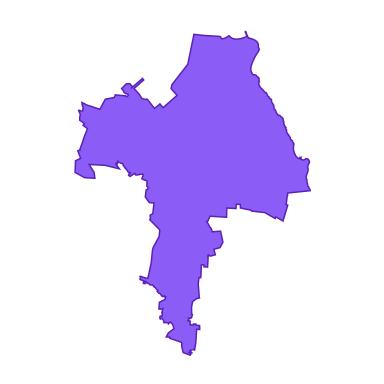 Pitiquito, Sonora, Mexico (Robinson projection), rotated 183°
{"feature_id": "50627088B68364674252683", "entity_name": "Pitiquito", "entity_type": "district", "adm_level": 2, "iso_a3": "MEX", "parent_name": "Mexico", "parent_adm1": "Sonora", "projection": "robinson", "projection_center": [-112.292, 30.097], "detail": "fine", "context": "isolated", "style": "filled", "palette": "violet", "viewbox_px": 384, "rotation_deg": 183, "n_neighbors": 0, "source": "geoboundaries", "source_scale": "gbopen_adm2", "svg_char_len": 5927}
<svg xmlns="http://www.w3.org/2000/svg" viewBox="0 0 384 384"><g transform="rotate(183 192 192)"><path d="M74.0,199.5L74.1,200.1L74.7,201.2L75.6,202.4L75.9,203.4L76.5,203.7L76.8,204.4L77.0,206.0L77.3,207.0L77.9,208.4L77.9,210.6L78.7,211.3L78.8,211.6L78.5,214.8L77.4,218.5L77.2,220.1L77.4,221.1L77.3,221.7L77.9,223.2L77.1,225.9L76.3,227.5L76.3,228.8L77.2,230.2L77.8,230.8L78.7,231.2L79.5,231.3L80.0,231.2L81.4,230.1L82.1,229.8L83.2,229.8L84.8,230.5L85.2,230.7L85.2,230.9L85.4,230.7L85.5,230.7L85.3,231.0L85.5,231.0L85.7,231.3L84.7,232.7L84.9,232.8L84.8,232.7L85.8,231.4L86.0,231.6L86.0,231.3L86.1,231.2L86.4,231.4L86.2,231.1L86.5,230.9L87.2,231.1L88.4,231.7L89.7,232.8L90.3,233.6L91.9,236.5L92.8,239.3L93.0,240.0L93.0,242.3L92.9,244.4L92.7,245.2L93.1,245.4L93.0,245.7L93.3,246.4L94.2,247.3L94.4,248.3L94.8,248.3L95.0,248.9L95.7,249.1L96.6,250.2L96.6,251.4L96.7,251.5L97.0,251.6L97.2,251.9L97.5,252.8L98.2,253.2L98.4,253.7L98.5,253.6L99.1,254.7L99.4,254.8L100.5,256.5L100.6,257.4L100.9,258.0L100.8,259.1L101.6,259.8L101.6,261.3L102.3,261.6L102.2,262.0L102.8,262.6L103.0,263.2L103.2,263.4L103.3,264.0L103.7,264.1L103.9,264.4L103.9,266.1L104.0,266.2L104.1,267.2L104.4,267.4L104.5,267.6L104.5,268.2L104.9,270.0L106.0,271.0L106.2,271.4L106.8,271.6L108.4,273.1L108.7,273.2L109.8,273.0L110.5,273.7L110.6,274.1L111.2,274.5L111.6,275.3L112.1,275.7L112.4,277.1L112.7,277.7L113.1,278.2L113.4,278.3L113.6,278.8L114.1,279.0L114.3,279.4L114.5,280.1L114.7,280.6L114.6,280.8L114.8,281.0L114.8,282.6L115.0,283.0L115.5,283.5L115.9,284.4L116.3,284.8L117.0,285.9L117.3,286.4L117.4,288.1L117.7,288.6L118.1,288.9L119.5,289.5L120.1,291.0L121.3,291.8L121.6,292.1L122.6,294.4L122.9,294.8L124.4,295.5L125.2,296.3L125.4,296.3L127.0,298.3L128.0,298.8L129.8,300.9L130.7,302.5L131.0,303.5L130.7,305.7L130.5,306.2L131.1,307.1L130.9,308.5L130.9,308.9L131.8,309.8L132.3,310.0L132.6,310.6L133.1,310.7L133.8,311.7L135.5,312.4L136.5,312.3L137.0,312.4L137.7,312.9L138.2,313.5L139.2,315.6L139.6,316.8L139.7,319.6L139.2,322.1L138.4,324.7L136.5,329.6L134.7,333.1L132.8,336.3L132.6,337.3L132.2,338.1L132.9,339.1L133.0,339.7L133.4,340.4L133.4,341.4L133.7,343.3L134.2,344.4L134.7,344.8L134.8,345.2L135.9,346.2L137.1,346.9L140.2,348.1L141.2,348.1L141.6,348.4L142.5,348.4L143.0,348.6L143.2,348.9L144.0,349.1L144.3,349.6L145.7,352.5L146.0,352.8L146.5,354.7L146.8,355.0L147.2,355.0L147.3,354.6L146.9,354.3L146.6,353.3L146.4,353.2L146.1,352.7L146.0,351.5L145.1,350.6L146.1,349.7L151.6,347.6L155.4,346.9L158.3,347.1L160.2,347.7L161.8,348.7L163.2,350.0L165.6,348.3L167.9,347.1L169.1,346.7L170.0,346.6L170.8,346.8L171.4,348.2L172.3,348.8L189.5,349.0L198.3,349.6L202.9,319.3L217.6,298.2L218.3,294.2L212.0,287.7L225.3,274.7L228.6,278.3L233.8,273.5L241.6,282.4L243.0,282.0L247.1,282.8L249.4,286.4L255.3,292.4L246.1,301.3L247.4,302.8L257.5,293.1L257.3,294.3L259.8,297.0L263.4,296.5L267.7,291.6L266.4,290.1L266.0,290.0L265.4,288.3L263.4,286.7L261.2,286.5L260.6,285.4L261.5,284.0L262.3,283.9L263.0,284.5L273.7,285.0L273.7,284.6L274.6,282.4L274.8,282.2L283.4,280.2L288.3,269.8L302.3,273.6L303.4,274.1L303.6,274.4L306.6,275.6L306.2,274.1L306.4,273.7L305.8,272.8L305.9,272.2L305.7,272.1L305.3,271.4L305.0,271.2L305.0,270.8L305.3,270.0L305.3,268.0L305.6,267.5L305.6,267.2L307.3,267.0L308.3,267.6L309.3,267.7L309.5,267.5L307.5,263.3L308.0,261.1L307.9,257.8L303.1,254.9L304.3,252.9L299.7,249.8L302.5,241.5L303.7,236.9L306.2,228.7L305.8,228.1L308.2,227.2L305.0,219.8L310.0,217.1L309.8,207.8L309.9,205.5L300.0,200.7L289.7,200.6L290.8,206.5L296.1,214.1L280.1,214.1L265.7,211.3L269.6,216.1L269.3,216.6L268.1,216.3L267.8,216.7L268.4,217.1L268.1,217.7L267.4,218.0L267.6,218.6L264.2,216.9L262.6,216.7L262.1,215.1L259.5,211.7L258.7,211.2L256.4,208.1L254.8,208.2L254.8,207.1L256.2,206.1L256.3,205.4L254.7,204.3L250.0,207.6L249.2,206.1L248.3,206.0L242.6,207.4L241.5,206.7L242.8,202.7L242.0,202.1L237.8,200.8L237.3,199.9L237.5,198.8L237.4,195.5L236.2,194.4L236.1,192.8L237.9,191.7L238.4,184.6L234.3,179.5L233.7,179.1L229.4,179.0L230.0,168.4L232.6,166.6L232.2,163.4L232.7,162.1L222.2,152.5L222.5,145.8L227.8,134.7L228.4,132.2L229.0,119.3L231.2,105.6L231.5,104.7L231.4,104.3L231.6,103.4L232.9,103.5L239.4,105.1L239.5,104.8L238.8,104.3L239.4,101.9L235.7,100.8L235.7,98.1L233.9,98.1L234.3,99.0L234.5,100.4L233.4,100.1L232.0,98.8L232.0,98.6L230.4,98.3L229.4,97.2L229.0,97.0L226.7,97.2L226.2,96.6L225.7,96.4L224.9,95.2L223.9,94.8L222.4,93.0L220.8,91.6L221.5,90.9L220.0,89.3L218.6,88.8L217.6,87.6L217.1,87.4L217.0,86.7L215.9,86.4L215.7,86.0L215.4,86.1L215.3,86.4L214.8,86.4L214.1,86.7L213.6,85.7L213.2,85.9L212.7,85.8L213.0,85.3L213.3,83.4L215.1,82.2L215.9,82.0L218.3,80.4L218.8,80.2L218.9,73.4L217.1,73.4L215.0,74.1L215.8,70.0L215.3,70.0L215.4,66.4L217.2,66.4L217.6,64.8L217.0,63.4L215.2,64.2L213.7,62.3L213.2,60.1L208.7,60.2L208.6,59.2L207.0,61.1L204.3,58.7L202.9,54.5L208.1,50.2L210.1,45.9L206.5,45.8L206.5,44.7L194.3,41.2L194.2,37.3L192.4,31.2L185.7,29.1L185.2,29.0L184.6,30.2L186.3,31.6L183.9,31.6L185.8,33.5L182.3,34.9L181.1,34.3L180.3,42.1L180.2,53.0L180.2,55.1L177.1,55.1L177.4,58.8L177.6,58.8L177.5,58.3L178.0,58.2L178.0,59.1L181.3,59.2L181.2,60.3L183.6,60.3L183.7,59.3L187.1,59.4L187.0,62.9L187.5,63.2L187.8,62.9L189.3,63.4L188.4,65.0L187.9,65.4L187.9,65.5L188.4,65.8L186.8,65.8L186.8,66.3L185.9,66.5L185.2,69.6L185.9,69.9L186.4,77.0L185.7,82.4L181.9,85.8L179.0,86.6L179.2,87.0L181.0,100.9L180.5,107.0L178.8,106.9L178.7,108.8L178.8,119.8L176.1,119.8L176.1,117.9L172.5,117.9L172.5,128.9L172.9,128.9L172.6,129.9L172.1,129.7L171.9,129.9L170.4,128.9L165.4,130.5L167.1,136.0L161.1,137.9L158.5,143.5L161.4,154.4L169.8,153.3L170.2,154.8L170.8,156.2L171.3,157.0L172.1,157.6L174.2,161.1L175.8,163.4L174.7,163.7L172.7,168.8L156.2,168.6L156.4,177.8L147.2,177.8L147.2,182.1L143.1,182.1L142.8,178.6L138.9,177.9L132.3,177.0L131.3,176.0L118.3,175.3L107.6,169.9L106.9,171.5L99.6,167.8L95.7,183.9L97.3,184.4L96.7,193.1L96.4,193.4L96.4,196.0L74.0,199.5Z" fill="#8b5cf6" stroke="#5b21b6" stroke-width="1.5"/></g></svg>